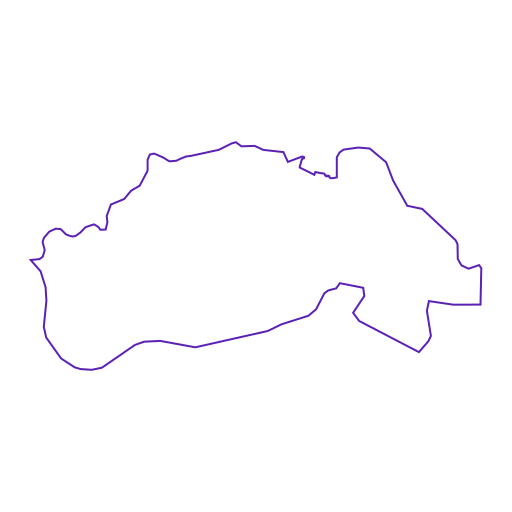 the district of Limerick City North Lea-7, Clare, Ireland
{"feature_id": "5873133B71721430029846", "entity_name": "Limerick City North Lea-7", "entity_type": "district", "adm_level": 2, "iso_a3": "IRL", "parent_name": "Ireland", "parent_adm1": "Clare", "projection": "albers", "projection_center": [-8.651, 52.672], "detail": "fine", "context": "isolated", "style": "outline", "palette": "violet", "viewbox_px": 512, "rotation_deg": 0, "n_neighbors": 0, "source": "geoboundaries", "source_scale": "gbopen_adm2", "svg_char_len": 1928}
<svg xmlns="http://www.w3.org/2000/svg" viewBox="0 0 512 512"><path d="M30.7,260.0L40.6,271.3L45.6,287.3L46.4,300.8L43.8,326.8L46.2,337.5L61.1,358.5L74.6,367.3L80.8,369.1L91.8,369.8L101.9,367.7L135.0,344.9L144.1,341.7L160.1,340.9L195.3,347.3L267.7,331.0L281.5,324.3L308.5,315.7L316.1,309.3L324.4,293.2L328.3,290.4L336.1,288.4L339.9,283.2L363.2,287.8L364.3,296.0L353.1,312.8L359.2,321.0L418.9,352.1L428.4,341.2L430.9,335.9L426.9,310.8L428.9,301.1L453.4,304.7L480.5,304.6L481.3,268.2L479.1,265.1L468.5,268.7L461.5,265.4L457.8,259.1L457.5,244.1L455.6,240.2L422.2,208.9L407.3,205.8L393.1,180.5L386.1,162.2L369.7,148.5L358.7,147.6L357.3,147.7L343.6,149.6L339.5,152.5L336.8,157.3L336.8,177.4L333.4,178.1L331.2,178.1L330.9,178.2L330.2,178.0L329.1,176.8L329.2,176.6L329.3,176.4L329.3,176.2L329.2,176.1L328.7,175.9L328.4,175.7L328.0,175.7L327.5,175.9L327.5,176.0L327.4,176.2L327.2,176.2L326.7,176.3L326.4,176.4L326.1,176.1L325.9,175.4L325.2,175.5L325.1,175.3L324.8,174.5L324.4,173.7L322.9,173.3L321.6,173.3L315.3,172.1L314.3,174.8L299.7,167.5L299.8,166.2L300.0,165.7L300.2,165.3L301.9,159.1L302.0,159.0L302.7,158.9L302.9,158.6L303.2,158.3L303.3,158.2L303.5,158.2L304.0,158.2L304.1,157.8L304.1,157.4L304.1,157.1L302.2,156.5L287.9,161.9L283.4,152.1L263.3,149.9L254.7,145.9L241.4,146.3L235.8,142.2L234.2,142.7L231.5,143.5L218.9,149.8L190.4,156.0L188.9,156.1L188.5,156.2L185.9,156.5L183.2,157.7L182.8,157.7L176.1,160.8L169.5,161.3L167.9,160.5L163.6,157.7L154.2,153.6L149.9,154.5L147.6,159.6L147.6,170.7L139.7,185.7L131.1,190.7L124.2,199.0L110.9,204.5L106.7,216.1L107.4,222.3L105.6,229.6L100.6,229.7L100.2,229.7L98.6,227.2L95.6,225.3L95.5,225.2L95.0,224.9L94.7,224.7L93.8,224.4L86.3,226.9L85.8,227.2L85.0,227.7L80.2,232.7L76.1,235.6L75.3,236.0L72.8,236.5L70.5,236.1L66.0,234.4L60.7,229.1L55.8,228.7L49.3,231.6L43.9,237.9L42.8,241.3L42.7,242.4L44.7,250.1L42.8,256.7L39.5,259.1L30.7,260.0Z" fill="none" stroke="#5b21b6" stroke-width="2"/></svg>